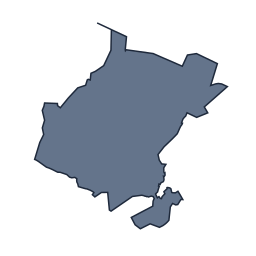 Mubi North, Adamawa, Nigeria (Mercator projection), rotated 283°
{"feature_id": "59680162B22484757822523", "entity_name": "Mubi North", "entity_type": "district", "adm_level": 2, "iso_a3": "NGA", "parent_name": "Nigeria", "parent_adm1": "Adamawa", "projection": "mercator", "projection_center": [13.301, 10.352], "detail": "fine", "context": "isolated", "style": "filled", "palette": "slate", "viewbox_px": 256, "rotation_deg": 283, "n_neighbors": 0, "source": "geoboundaries", "source_scale": "gbopen_adm2", "svg_char_len": 2015}
<svg xmlns="http://www.w3.org/2000/svg" viewBox="0 0 256 256"><g transform="rotate(283 128 128)"><path d="M190.7,215.5L192.0,209.4L191.7,206.0L190.7,203.5L189.7,201.8L188.0,199.0L210.8,200.6L215.9,178.0L212.5,169.5L200.4,167.0L204.7,143.7L206.2,135.8L203.8,108.6L202.8,108.1L203.7,107.7L216.6,106.0L223.4,74.3L220.1,89.7L199.9,93.9L183.3,90.3L175.8,83.4L173.0,79.6L166.3,80.4L166.5,78.3L165.7,77.5L160.1,77.1L155.8,70.0L145.9,64.3L143.6,63.0L138.7,60.6L132.5,57.5L133.9,54.4L136.0,53.7L133.6,41.1L130.2,41.2L125.9,40.5L116.8,45.0L108.8,44.5L102.7,47.3L94.1,45.3L76.4,44.1L76.1,45.8L75.3,48.2L71.5,57.3L71.2,60.2L70.5,63.8L69.1,69.4L69.6,71.8L68.9,78.8L67.0,82.1L66.8,84.3L67.9,87.3L67.1,89.5L65.3,89.8L63.9,90.3L62.3,91.6L60.9,92.3L59.7,92.9L59.5,96.2L59.3,100.2L59.4,102.0L59.1,103.5L58.9,105.1L58.5,106.6L58.1,107.9L57.7,108.9L57.4,109.3L55.0,108.3L53.4,111.2L59.2,116.6L60.7,122.7L43.9,128.3L43.2,130.2L62.3,147.7L65.6,156.6L65.6,158.6L65.4,159.8L65.5,160.9L65.3,161.7L65.6,162.3L65.4,163.5L66.9,166.0L66.8,168.0L65.2,169.4L62.4,168.9L57.4,169.7L41.6,151.3L35.3,156.7L32.6,162.7L39.6,171.1L38.3,181.0L40.7,183.9L42.6,185.6L43.9,186.6L45.3,187.5L47.3,188.6L60.6,187.0L64.5,188.4L63.8,191.8L64.6,193.7L70.2,195.6L70.6,197.5L74.4,194.0L77.6,190.9L75.5,188.8L75.0,186.5L75.0,185.1L78.4,183.5L79.0,182.3L79.0,180.1L78.7,179.4L77.6,179.7L74.0,177.3L72.2,178.7L68.8,176.7L66.7,176.5L66.6,175.4L68.1,173.6L66.6,172.3L69.9,169.7L71.6,170.7L72.3,171.2L74.9,171.3L78.3,171.6L78.3,170.8L80.4,170.8L80.2,172.0L81.9,172.4L82.6,173.1L83.5,174.3L84.2,174.6L85.2,174.7L86.2,174.6L87.4,174.1L88.9,173.5L88.8,173.9L88.8,174.2L90.0,174.6L90.4,174.7L91.8,174.3L92.8,174.0L92.4,173.5L93.2,172.8L97.3,171.8L101.1,173.1L100.6,168.9L103.7,165.7L108.9,163.2L117.9,167.4L127.2,173.5L133.3,177.2L135.0,177.6L139.3,178.4L141.5,178.9L142.6,179.4L143.6,179.8L144.9,180.0L144.9,179.0L148.9,179.5L151.1,180.5L152.5,181.5L156.1,182.1L153.8,192.5L160.7,202.3L165.7,197.6L190.7,215.5Z" fill="#64748b" stroke="#1e293b" stroke-width="1.5"/></g></svg>